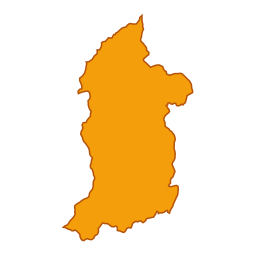 outline of Mogi das Cruzes, São Paulo, Brazil
{"feature_id": "56859067B10888150233547", "entity_name": "Mogi das Cruzes", "entity_type": "district", "adm_level": 2, "iso_a3": "BRA", "parent_name": "Brazil", "parent_adm1": "São Paulo", "projection": "mercator", "projection_center": [-46.187, -23.555], "detail": "fine", "context": "isolated", "style": "filled", "palette": "amber", "viewbox_px": 256, "rotation_deg": 0, "n_neighbors": 0, "source": "geoboundaries", "source_scale": "gbopen_adm2", "svg_char_len": 4136}
<svg xmlns="http://www.w3.org/2000/svg" viewBox="0 0 256 256"><path d="M86.1,62.1L86.9,63.9L86.2,65.6L86.1,67.2L85.8,69.3L85.1,71.3L84.5,73.3L83.5,74.5L82.4,76.1L79.7,78.2L79.7,80.6L80.6,82.7L81.5,84.9L81.9,86.7L81.8,88.8L79.9,89.2L78.9,90.2L78.0,91.5L78.4,93.6L81.0,92.5L82.7,91.9L84.8,91.5L86.3,91.1L88.3,91.4L89.6,92.8L90.0,95.3L90.2,97.2L89.7,98.9L88.0,100.8L88.3,103.2L88.3,105.5L89.2,108.1L89.9,109.8L91.1,110.9L90.5,113.9L90.3,116.5L89.2,117.7L87.3,119.9L86.2,122.4L83.3,122.7L82.1,124.9L82.4,126.4L82.9,127.9L82.1,130.0L81.2,131.7L80.7,134.2L82.1,136.6L83.0,139.8L83.7,141.3L84.8,142.6L86.0,144.0L87.5,146.2L88.3,147.4L89.3,149.9L89.6,152.5L90.0,154.9L91.3,156.6L92.5,158.0L91.6,159.8L91.3,162.3L90.7,164.2L90.3,165.9L90.6,167.9L92.1,169.2L92.7,170.9L93.3,173.0L93.5,175.0L94.5,176.9L94.7,178.9L93.7,180.6L93.3,182.5L93.2,184.3L93.2,186.4L92.7,188.4L91.7,190.2L90.6,191.3L89.5,193.3L89.1,195.9L88.3,197.2L86.9,198.1L85.1,198.7L83.3,199.6L80.9,201.2L79.6,202.4L78.2,203.1L76.7,204.1L74.8,205.7L74.7,208.2L75.2,210.0L74.7,211.9L75.2,213.8L74.4,215.8L73.4,217.3L72.1,218.7L70.9,220.0L69.7,221.3L68.7,223.2L67.3,224.9L64.8,225.9L63.3,227.3L65.5,227.6L66.8,228.4L68.5,229.3L70.5,229.7L71.9,230.8L73.4,230.8L74.9,229.9L76.8,231.2L78.8,233.1L79.8,234.5L80.1,236.8L80.9,238.7L81.8,240.0L83.9,240.6L85.8,239.2L87.4,238.7L90.0,239.6L91.8,239.6L93.8,238.2L94.5,236.3L96.1,235.0L97.4,234.3L98.1,232.8L98.5,231.1L98.3,228.6L99.3,227.4L100.5,225.8L101.3,224.5L103.1,222.9L105.2,223.7L107.4,223.5L109.0,224.7L110.2,225.5L111.4,226.5L113.6,226.9L115.8,226.0L117.0,226.9L117.4,228.5L117.3,230.5L120.2,231.1L122.1,232.0L124.0,232.4L125.7,230.8L126.4,229.0L128.5,227.5L130.9,228.0L131.8,226.4L132.2,224.5L133.0,223.0L134.8,221.9L136.2,221.2L137.7,222.0L139.0,221.2L140.5,220.8L141.7,221.7L142.9,222.7L144.2,221.9L145.6,220.7L146.4,218.9L147.8,218.3L149.8,217.9L151.6,217.5L153.6,217.1L154.8,215.3L155.9,213.3L156.8,211.4L158.1,211.9L158.4,213.6L159.9,212.8L161.8,213.0L164.4,212.1L165.8,210.9L167.4,210.4L167.7,212.2L169.4,213.2L170.2,210.7L171.4,208.4L172.5,206.9L173.3,204.3L174.5,201.5L175.6,199.3L176.4,197.3L177.4,195.5L177.9,193.4L178.0,191.7L178.3,189.2L178.0,186.3L176.3,185.4L173.9,185.9L171.3,186.7L168.6,186.3L169.2,184.4L170.5,183.3L170.5,181.7L170.4,180.1L171.1,178.6L172.9,176.9L173.7,174.9L174.3,173.0L175.0,171.7L174.5,170.0L173.7,168.2L173.0,166.7L172.3,164.8L172.4,162.7L173.6,161.2L174.5,159.4L175.0,157.7L175.0,155.6L175.2,153.9L175.0,152.0L174.4,149.8L174.0,148.1L174.2,145.7L174.2,143.7L174.2,142.1L175.0,140.8L175.2,138.8L174.7,136.5L174.1,134.9L172.8,133.2L171.4,131.4L169.8,130.4L168.9,128.9L167.0,127.7L165.2,126.3L165.0,123.8L164.9,122.3L163.8,119.6L164.2,117.4L165.2,115.8L166.8,114.2L168.3,113.0L169.5,111.6L169.2,109.9L167.7,108.0L167.0,106.6L166.2,105.4L167.7,104.9L167.9,103.2L169.9,102.8L171.0,104.0L172.5,104.2L174.5,103.1L176.0,103.9L176.6,105.5L178.1,105.9L180.1,105.3L181.6,104.2L182.9,105.0L183.8,103.9L185.2,102.8L185.9,100.7L186.5,98.4L187.1,95.7L189.7,94.1L191.5,93.3L192.7,92.4L192.4,90.0L191.7,88.4L191.6,86.0L191.2,84.0L190.5,82.7L189.5,81.0L183.2,74.8L181.8,73.6L180.3,73.3L178.8,73.5L176.6,73.6L174.6,73.6L172.8,74.2L171.3,74.7L169.6,75.3L168.2,74.6L166.7,74.2L166.2,71.5L164.5,70.6L163.3,68.6L162.8,66.7L161.3,65.9L159.4,65.0L157.9,65.0L156.1,65.2L153.8,65.9L152.1,66.6L150.6,67.3L147.0,63.8L145.6,62.5L144.2,61.5L143.3,59.3L144.6,58.0L145.8,57.1L146.9,55.9L148.8,54.6L148.8,52.2L147.6,51.3L146.6,50.1L146.5,47.9L145.6,46.5L144.4,45.1L143.2,43.4L141.7,42.0L140.5,40.3L140.9,38.3L141.5,36.8L141.7,34.7L142.2,32.4L142.6,30.9L143.5,29.3L142.7,26.7L142.8,24.4L142.4,22.5L142.0,21.0L142.0,19.5L142.0,17.4L142.0,15.4L139.7,17.6L139.5,19.8L138.2,21.5L136.7,23.7L134.7,24.1L132.1,23.9L130.1,23.5L128.7,24.1L127.1,25.4L126.1,26.9L123.6,27.5L121.6,28.4L119.5,30.3L117.8,32.0L115.9,33.0L115.3,34.5L113.8,34.5L112.7,36.4L111.8,38.2L110.0,37.9L108.3,37.8L107.4,39.1L106.4,40.2L105.5,41.3L103.4,41.7L101.5,42.6L101.6,44.4L101.4,46.2L100.5,48.2L99.6,49.9L97.1,49.9L97.2,52.4L96.9,54.1L95.1,55.1L94.0,56.4L93.3,57.8L91.8,59.8L90.1,60.8L88.8,61.7L86.1,62.1Z" fill="#f59e0b" stroke="#b45309" stroke-width="1.5"/></svg>